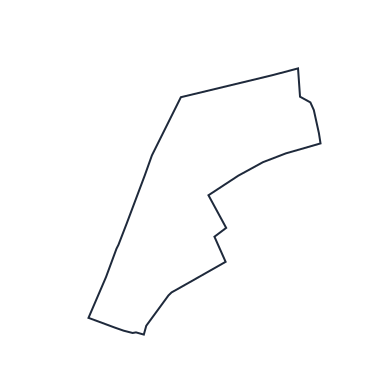 Fakaifou, Tuvalu (Natural Earth projection), rotated 222°
{"feature_id": "33948139B58863011361490", "entity_name": "Fakaifou", "entity_type": "district", "adm_level": 2, "iso_a3": "TUV", "parent_name": "Tuvalu", "parent_adm1": "", "projection": "natural_earth1", "projection_center": [179.2, -8.516], "detail": "fine", "context": "isolated", "style": "outline", "palette": "slate", "viewbox_px": 384, "rotation_deg": 222, "n_neighbors": 0, "source": "geoboundaries", "source_scale": "gbopen_adm2", "svg_char_len": 539}
<svg xmlns="http://www.w3.org/2000/svg" viewBox="0 0 384 384"><g transform="rotate(222 192 192)"><path d="M132.4,53.8L136.5,62.0L140.3,99.4L140.0,103.7L134.7,119.4L120.3,162.6L145.4,173.8L142.6,188.2L177.6,200.6L168.5,235.2L159.2,261.7L148.1,283.5L129.0,314.1L137.0,320.6L156.3,334.4L164.0,337.8L175.5,335.1L195.9,354.8L210.5,332.5L263.7,255.0L246.3,192.4L238.2,172.7L219.5,125.0L211.3,103.5L210.2,99.4L199.0,71.3L184.7,29.2L158.6,39.6L150.0,43.2L141.8,47.5L139.7,50.2L132.4,53.8Z" fill="none" stroke="#1e293b" stroke-width="2"/></g></svg>